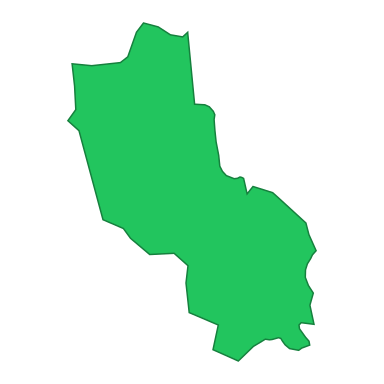 map outline of Alojas (Albers equal-area conic projection)
{"feature_id": "LVA-5755", "entity_name": "Alojas", "entity_type": "Municipality", "adm_level": 1, "iso_a3": "LVA", "parent_name": "Latvia", "parent_adm1": "", "projection": "albers", "projection_center": [24.909, 57.802], "detail": "fine", "context": "isolated", "style": "filled", "palette": "green", "viewbox_px": 384, "rotation_deg": 0, "n_neighbors": 0, "source": "natural_earth", "source_scale": "10m", "svg_char_len": 1037}
<svg xmlns="http://www.w3.org/2000/svg" viewBox="0 0 384 384"><path d="M182.7,36.9L187.7,32.3L187.8,33.8L194.6,104.2L204.9,104.8L209.3,106.8L213.3,111.3L214.8,114.8L214.1,119.5L214.9,130.4L216.1,141.9L218.7,155.4L219.8,166.2L222.4,171.3L226.3,175.6L234.2,178.7L237.5,178.3L240.0,177.0L241.7,177.4L243.6,178.4L247.1,193.9L253.0,186.5L272.7,192.7L277.5,197.0L305.9,223.0L308.9,234.6L316.1,250.7L312.4,254.9L310.7,258.5L307.4,263.8L305.5,269.8L305.3,277.4L308.4,285.5L313.3,293.1L309.9,305.2L314.0,324.3L301.2,322.7L299.0,325.0L299.5,328.8L305.5,337.2L309.0,341.2L309.7,345.1L301.7,348.1L298.7,350.3L289.6,348.6L285.1,344.8L282.5,341.2L280.8,338.4L278.5,337.7L272.1,339.5L269.5,339.8L265.3,339.2L253.4,346.4L238.3,361.0L213.0,349.7L218.3,325.0L189.2,312.6L186.0,283.0L188.0,265.7L174.1,253.3L149.7,254.5L130.6,238.4L123.4,228.5L103.0,219.7L79.0,130.7L67.9,120.7L75.8,109.6L74.6,86.2L72.1,63.8L91.7,65.7L120.4,62.6L127.8,56.8L136.5,32.2L143.5,23.0L158.2,26.9L170.4,34.8L182.7,36.9Z" fill="#22c55e" stroke="#15803d" stroke-width="1.5"/></svg>